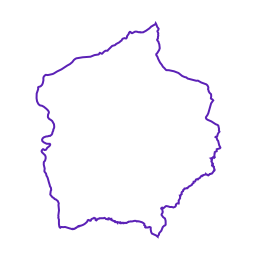 Manja, Menabe, Madagascar, rotated 94°
{"feature_id": "10022922B70385192089273", "entity_name": "Manja", "entity_type": "district", "adm_level": 2, "iso_a3": "MDG", "parent_name": "Madagascar", "parent_adm1": "Menabe", "projection": "mercator", "projection_center": [44.3, -21.407], "detail": "fine", "context": "isolated", "style": "outline", "palette": "violet", "viewbox_px": 256, "rotation_deg": 94, "n_neighbors": 0, "source": "geoboundaries", "source_scale": "gbopen_adm2", "svg_char_len": 5802}
<svg xmlns="http://www.w3.org/2000/svg" viewBox="0 0 256 256"><g transform="rotate(94 128 128)"><path d="M234.4,90.8L233.9,90.8L232.2,89.7L231.3,89.7L230.5,89.4L228.2,87.6L224.4,86.4L223.0,85.1L222.4,84.0L221.7,83.7L218.0,84.0L215.7,84.8L214.4,86.8L212.3,88.5L211.6,88.4L210.1,87.6L209.1,87.5L208.2,87.9L207.1,87.9L206.6,88.4L206.3,89.1L205.9,89.3L205.5,89.1L205.0,88.4L205.4,87.4L205.3,86.8L203.4,84.9L203.2,84.3L203.4,82.5L203.9,80.6L203.7,78.9L204.1,77.1L203.2,75.4L202.2,74.8L201.1,74.9L200.5,74.5L199.7,73.5L199.6,72.8L199.8,72.2L199.4,72.1L196.8,72.4L194.3,71.1L193.2,71.3L192.8,71.1L191.8,71.5L191.7,70.8L190.7,70.5L190.2,69.8L189.2,70.0L188.5,70.0L187.9,69.6L187.2,68.7L186.0,68.6L185.5,67.9L184.5,67.5L184.3,67.1L184.4,66.2L183.8,65.2L183.9,64.5L182.3,63.4L180.4,60.4L179.0,59.8L178.4,58.8L177.0,58.8L176.7,57.4L175.7,56.9L174.8,56.7L174.5,56.4L174.3,55.8L174.5,55.0L174.4,54.6L173.7,54.5L173.1,53.2L172.2,52.4L171.7,52.3L170.9,51.5L170.6,51.4L170.5,51.0L170.1,50.3L170.4,50.2L170.0,49.7L169.5,49.0L168.9,47.2L168.5,47.1L169.1,46.5L169.1,45.5L169.7,44.7L169.4,44.2L168.2,43.3L168.2,42.5L167.7,41.9L167.7,41.4L167.5,41.0L165.1,39.5L164.5,39.4L164.5,38.9L163.8,38.6L161.7,39.5L160.7,39.6L160.6,40.2L159.9,40.4L159.8,41.4L159.6,41.6L159.2,41.5L158.5,40.8L157.8,40.7L157.6,40.9L157.7,41.5L156.6,41.6L156.1,41.9L155.8,42.4L155.5,42.5L154.5,42.1L154.0,42.5L153.6,42.0L153.0,41.9L152.4,43.0L152.0,41.9L151.2,41.1L151.8,40.0L151.1,39.4L149.8,40.0L148.7,39.8L147.9,40.0L147.2,39.7L146.1,39.8L145.5,39.1L145.0,37.9L143.0,38.0L141.9,35.0L141.3,34.5L141.0,34.5L138.9,35.8L134.5,37.2L133.7,38.1L131.4,39.0L130.9,40.1L130.7,40.0L130.1,38.5L129.6,38.3L128.1,38.1L126.3,37.3L125.3,36.5L123.9,37.2L122.6,37.1L119.3,38.1L118.7,38.9L118.1,40.8L115.6,45.3L114.2,49.3L113.4,50.5L112.5,51.0L111.8,51.0L109.4,49.6L107.6,48.9L97.6,46.8L94.5,44.9L93.6,45.8L93.1,47.0L92.6,47.4L90.5,47.2L88.5,47.5L87.2,49.1L86.8,49.3L86.0,50.0L85.0,50.2L83.6,50.9L82.4,50.6L81.1,51.0L79.9,51.8L79.0,52.9L77.5,58.1L75.9,61.5L76.1,63.3L74.5,72.0L73.5,73.3L73.2,75.1L72.3,77.6L69.6,81.5L68.2,86.1L67.5,91.2L67.6,93.8L67.2,94.4L65.7,95.9L64.4,97.5L62.6,98.7L60.5,100.6L56.8,102.8L54.9,103.6L53.4,104.8L52.4,105.0L51.3,104.1L48.1,102.4L46.2,101.9L42.4,102.6L40.7,103.4L39.9,103.6L38.5,104.9L38.0,105.1L37.5,105.0L36.8,104.4L34.9,104.5L33.9,104.2L32.6,104.5L31.3,104.4L29.6,105.4L29.2,105.4L27.8,104.5L26.8,104.4L25.1,105.9L22.7,107.0L21.6,107.7L22.8,108.1L23.9,110.1L24.5,110.7L25.0,111.7L27.2,113.7L29.7,116.8L31.5,119.6L31.8,122.5L31.5,122.7L31.7,124.2L31.3,125.9L31.3,127.0L31.5,127.9L33.1,130.4L33.1,130.9L32.9,131.4L32.0,132.2L32.0,132.9L33.1,133.7L34.2,133.9L36.0,135.1L36.7,135.4L37.0,135.3L38.2,135.6L38.8,136.1L38.8,136.9L38.6,137.8L39.3,139.5L39.9,140.0L41.3,140.6L41.8,141.4L43.1,142.6L45.1,145.8L45.7,146.2L46.3,146.9L47.2,149.5L51.5,153.3L52.3,153.8L52.4,154.1L52.4,155.5L52.6,156.0L53.8,157.5L55.6,158.9L55.7,159.5L55.0,161.3L55.3,161.6L56.3,162.1L56.7,162.5L57.6,166.5L59.5,170.4L60.6,178.1L62.1,184.4L62.8,185.5L63.9,186.7L66.2,188.2L68.3,190.4L69.9,192.9L74.1,198.4L76.5,202.6L79.0,206.1L79.5,207.2L80.5,210.6L80.8,211.9L80.7,213.7L80.9,214.1L82.2,215.3L83.2,215.8L84.2,215.9L86.3,215.7L89.1,216.1L90.9,216.7L92.4,218.0L92.7,218.5L93.2,219.9L93.7,220.5L95.4,220.3L100.0,221.5L104.6,221.3L107.7,220.6L109.8,219.4L110.7,218.7L111.6,217.3L111.8,215.4L112.7,213.4L114.6,210.7L116.0,209.1L116.9,208.4L117.5,208.1L118.3,208.0L120.3,208.7L122.4,208.7L123.1,208.5L124.6,207.1L125.1,205.9L126.3,204.1L129.4,202.1L131.7,201.7L132.9,201.7L134.8,202.4L135.9,202.4L137.7,203.1L139.0,203.2L140.1,203.8L141.4,205.3L141.3,206.1L141.9,207.4L142.2,209.2L143.3,211.5L144.3,212.4L145.5,212.9L146.2,212.8L146.9,212.6L148.1,211.2L149.4,208.1L149.2,205.0L149.7,204.5L150.4,204.5L151.6,205.2L153.4,207.2L155.3,208.2L155.6,208.8L155.8,209.8L155.1,210.8L155.1,211.4L156.3,212.4L157.2,212.6L158.3,212.0L161.0,208.8L162.3,208.2L163.9,208.0L166.1,208.4L166.7,208.7L167.5,209.4L168.0,209.6L170.4,209.5L174.2,208.3L176.8,208.4L177.4,208.2L179.2,206.6L181.3,206.0L182.0,205.4L183.5,204.6L188.1,203.0L190.6,202.0L191.3,201.9L193.1,200.7L195.2,200.3L196.2,200.7L199.7,200.9L200.3,200.5L202.4,198.5L202.9,197.3L204.0,196.2L204.2,195.2L205.7,193.0L208.0,191.8L209.6,192.0L215.0,191.1L220.4,191.4L221.6,191.1L222.3,191.3L224.3,190.5L228.6,190.2L231.2,189.6L232.0,189.1L232.2,188.5L231.4,187.8L231.4,185.5L231.1,183.9L232.3,178.8L232.4,178.1L232.7,177.2L232.8,176.2L232.4,175.9L232.6,175.2L232.2,174.6L232.3,174.2L231.2,173.1L231.2,172.6L229.9,171.4L229.9,170.7L229.5,169.8L229.1,170.0L228.6,167.8L227.6,165.8L226.6,164.4L224.8,162.6L223.7,161.9L222.9,161.8L222.5,161.2L222.5,160.7L223.2,159.4L223.1,158.9L222.9,158.6L222.0,158.4L221.5,158.1L220.8,157.0L220.6,156.3L220.0,155.6L220.1,155.4L220.5,155.0L220.4,154.3L220.6,154.0L221.2,153.7L222.1,153.8L222.4,153.2L220.5,151.3L220.4,150.4L219.9,149.8L220.0,148.7L219.8,147.9L219.8,146.5L219.3,145.2L219.7,144.3L220.2,143.9L220.6,141.6L219.5,141.3L219.3,140.8L220.3,139.5L219.7,138.7L219.7,138.3L220.8,138.2L221.2,137.5L221.1,137.0L221.7,136.3L221.7,135.6L222.1,135.1L221.7,135.0L221.7,134.6L222.0,134.3L222.5,134.4L222.8,134.1L222.6,133.3L223.0,132.2L223.3,131.9L222.6,131.8L222.8,130.8L222.7,130.4L223.4,129.4L223.3,129.2L222.8,129.5L222.6,129.0L222.8,128.8L223.5,128.7L223.6,128.4L222.9,127.2L223.4,126.2L222.8,125.5L223.1,124.5L222.8,124.0L222.9,122.9L222.4,122.2L222.0,121.9L221.8,121.1L221.4,120.8L221.2,119.4L220.9,118.7L221.0,118.0L220.8,116.9L220.2,115.2L220.1,113.7L220.6,112.8L220.3,112.0L220.5,111.4L220.3,110.9L221.0,107.6L221.7,106.1L222.5,105.0L223.0,104.9L223.7,105.1L224.6,103.9L225.2,103.8L225.7,104.0L225.9,103.8L226.1,103.2L225.9,102.6L225.9,101.2L225.2,99.8L225.5,98.6L226.1,98.3L227.1,98.4L230.0,97.7L231.6,96.8L233.2,92.5L234.4,90.8Z" fill="none" stroke="#5b21b6" stroke-width="2"/></g></svg>